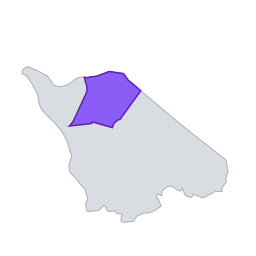 where Dayr Az Zawr sits in Syria, rotated 251°
{"feature_id": "SYR-142", "entity_name": "Dayr Az Zawr", "entity_type": "Province", "adm_level": 1, "iso_a3": "SYR", "parent_name": "Syria", "parent_adm1": "", "projection": "robinson", "projection_center": [40.418, 35.268], "detail": "fine", "context": "in_parent", "style": "filled", "palette": "violet", "viewbox_px": 256, "rotation_deg": 251, "n_neighbors": 0, "source": "natural_earth", "source_scale": "10m", "svg_char_len": 2750}
<svg xmlns="http://www.w3.org/2000/svg" viewBox="0 0 256 256"><g transform="rotate(251 128 128)"><path d="M41.7,91.3L43.7,91.5L48.1,94.1L48.8,94.0L50.2,90.6L51.5,89.4L54.2,88.4L55.0,82.9L56.3,81.8L57.8,81.2L60.2,81.1L62.2,80.8L62.4,79.8L59.6,73.4L59.9,71.8L61.4,65.4L62.3,62.9L63.1,62.1L66.3,62.4L70.8,63.5L72.0,65.4L74.2,67.0L77.5,66.9L81.3,67.2L84.3,67.3L86.7,66.2L92.1,64.0L94.8,63.3L97.2,62.3L105.0,58.8L108.1,59.1L110.3,59.5L111.9,60.1L115.5,62.5L118.6,64.9L120.7,65.7L124.5,65.6L130.0,66.1L136.8,66.0L140.8,65.4L145.8,64.2L154.9,61.3L166.7,55.3L173.7,52.3L176.7,52.0L180.6,51.9L184.5,52.7L188.9,53.3L191.0,53.2L195.8,52.6L202.0,51.4L205.9,50.4L210.6,48.8L213.5,46.0L214.5,45.7L215.7,46.2L216.3,46.4L217.5,48.0L218.8,52.0L218.8,52.4L218.6,53.5L215.5,56.8L211.4,61.3L208.4,64.1L203.3,68.8L199.5,69.8L193.2,71.6L191.5,73.2L189.9,75.9L188.9,79.5L188.7,81.8L188.5,86.1L190.0,90.5L191.5,94.8L191.7,97.6L191.5,100.4L190.2,103.3L188.7,107.4L187.8,112.0L187.4,120.6L187.4,127.9L187.2,129.1L184.6,134.3L181.5,140.4L180.1,141.8L173.3,143.6L165.9,148.0L157.6,153.0L150.1,157.5L142.2,162.2L134.0,167.2L128.1,170.7L120.3,175.4L113.1,179.8L105.8,184.4L100.3,187.8L91.9,193.3L86.9,196.5L79.7,201.2L73.3,205.4L65.7,210.3L56.3,208.8L53.3,208.0L50.9,205.6L49.1,204.4L44.7,203.1L41.9,198.7L40.2,197.1L37.2,196.4L38.5,193.6L38.8,191.8L40.1,189.5L39.3,188.0L39.0,184.9L38.4,184.1L38.2,183.3L38.7,182.3L38.5,181.2L38.0,180.8L37.8,179.2L37.4,178.0L37.6,176.6L38.3,175.7L39.0,173.9L39.8,173.4L41.1,172.3L41.4,171.1L42.6,170.0L44.1,169.1L44.4,168.3L44.2,167.9L42.7,167.1L41.9,165.6L42.7,163.4L43.2,162.8L44.1,161.7L46.1,160.2L47.7,159.9L49.1,159.9L51.4,160.0L53.2,160.3L53.7,159.9L53.6,159.4L51.4,158.1L51.3,157.1L51.9,156.0L53.5,154.2L55.4,152.9L56.3,152.7L58.5,150.1L59.9,147.3L57.8,140.3L56.5,139.2L54.3,138.2L53.0,138.1L52.9,137.6L54.6,135.8L55.9,134.3L54.5,132.8L52.1,132.1L51.2,133.6L48.1,133.8L43.3,133.8L41.3,126.4L41.0,123.2L41.1,119.5L42.7,114.1L42.0,111.6L42.0,109.9L41.7,107.6L38.0,102.7L40.2,93.5L41.7,91.3Z" fill="#d9dde1" stroke="#a8b0b8" stroke-width="1"/><path d="M190.3,103.3L189.0,105.2L188.8,106.2L188.5,109.4L187.4,113.5L187.1,115.5L187.1,116.3L187.3,121.7L187.6,127.5L187.5,128.3L187.3,129.2L182.6,138.2L181.6,140.4L180.9,141.3L180.1,141.8L173.4,143.6L169.3,146.1L166.3,147.9L163.2,149.7L160.1,151.5L159.1,152.2L143.5,130.0L139.0,123.6L138.9,123.4L138.8,123.1L138.8,122.8L138.9,120.8L138.9,120.5L138.8,120.2L137.1,116.6L136.2,115.5L133.5,113.3L145.2,96.5L145.4,96.1L145.2,96.0L144.4,95.5L144.2,95.4L144.2,95.0L144.5,93.0L147.2,81.0L149.0,73.2L149.6,74.5L151.7,77.8L155.1,81.2L175.6,100.8L176.5,101.4L177.0,101.6L178.7,101.9L179.7,102.3L181.8,102.7L187.2,102.9L190.3,103.3L190.3,103.3Z" fill="#8b5cf6" stroke="#5b21b6" stroke-width="1.5"/></g></svg>